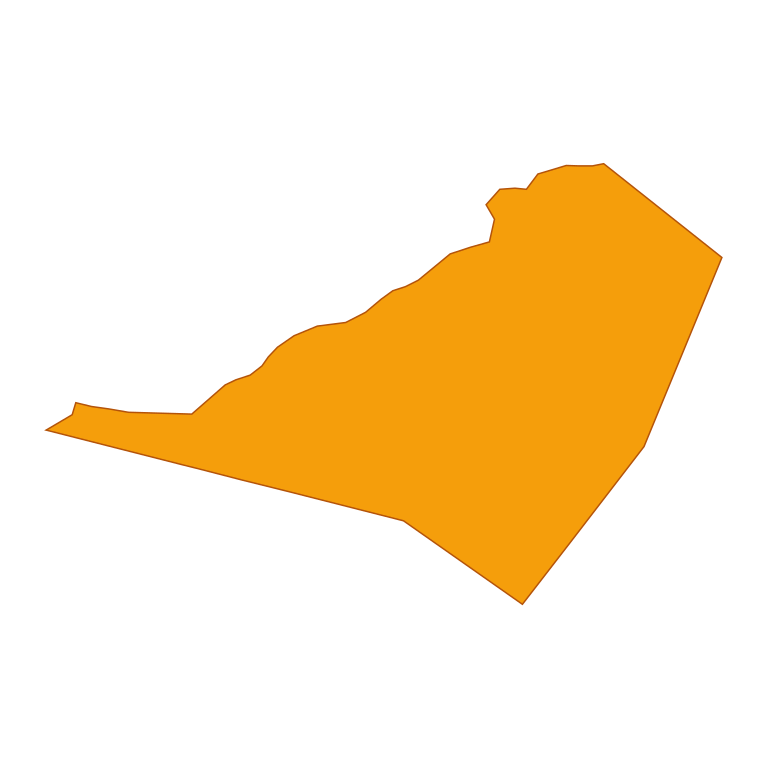 Lagoa de Pedras, Rio Grande do Norte, Brazil (Mercator projection)
{"feature_id": "56859067B10603162869089", "entity_name": "Lagoa de Pedras", "entity_type": "district", "adm_level": 2, "iso_a3": "BRA", "parent_name": "Brazil", "parent_adm1": "Rio Grande do Norte", "projection": "mercator", "projection_center": [-35.477, -6.193], "detail": "fine", "context": "isolated", "style": "filled", "palette": "amber", "viewbox_px": 768, "rotation_deg": 0, "n_neighbors": 0, "source": "geoboundaries", "source_scale": "gbopen_adm2", "svg_char_len": 656}
<svg xmlns="http://www.w3.org/2000/svg" viewBox="0 0 768 768"><path d="M721.9,257.5L603.7,163.7L592.4,165.9L578.6,165.9L566.2,165.5L537.9,174.0L526.4,189.3L514.9,188.2L499.8,189.3L486.1,204.7L494.5,219.2L489.4,241.9L470.6,247.2L450.2,253.9L418.3,280.2L405.3,286.7L392.9,290.7L381.3,299.1L365.6,312.3L345.7,322.5L317.3,326.1L294.1,335.7L277.5,347.2L268.4,356.8L262.0,365.9L250.2,375.1L235.9,379.8L225.2,384.9L191.8,414.1L128.5,412.3L108.7,408.9L91.5,406.5L75.8,402.7L72.2,414.7L46.1,430.1L182.5,464.8L196.2,468.2L242.7,480.2L286.6,491.1L403.5,520.8L522.4,604.3L569.6,543.3L644.0,446.6L721.9,257.5Z" fill="#f59e0b" stroke="#b45309" stroke-width="1.5"/></svg>